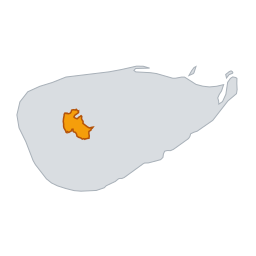 Sri Lanka, with Nuvara Ĕliya highlighted, rotated 88°
{"feature_id": "LKA-2450", "entity_name": "Nuvara Ĕliya", "entity_type": "District", "adm_level": 1, "iso_a3": "LKA", "parent_name": "Sri Lanka", "parent_adm1": "", "projection": "orthographic", "projection_center": [80.707, 7.013], "detail": "fine", "context": "in_parent", "style": "filled", "palette": "amber", "viewbox_px": 256, "rotation_deg": 88, "n_neighbors": 0, "source": "natural_earth", "source_scale": "10m", "svg_char_len": 2322}
<svg xmlns="http://www.w3.org/2000/svg" viewBox="0 0 256 256"><g transform="rotate(88 128 128)"><path d="M82.2,17.4L87.6,17.7L93.4,17.6L97.5,18.4L104.4,27.2L123.3,43.0L133.6,59.0L134.6,62.5L136.0,65.6L138.5,66.4L140.6,67.8L150.9,83.3L152.1,86.3L151.9,89.7L152.5,92.2L155.2,93.5L158.6,94.1L160.8,96.5L163.6,108.8L163.6,112.7L164.4,114.3L177.4,133.6L178.2,135.9L178.1,137.7L178.4,139.2L181.0,142.6L184.9,151.7L186.9,153.8L189.3,161.8L189.5,177.2L188.7,184.0L186.3,192.3L183.4,200.4L180.3,206.3L176.0,211.3L161.4,221.8L157.2,224.0L138.1,230.6L124.1,236.9L111.1,238.6L98.1,235.1L88.3,226.9L83.3,214.8L79.9,202.2L74.9,188.2L71.2,144.9L69.4,132.8L66.5,117.4L66.8,110.7L68.9,104.3L68.8,118.3L70.7,120.1L72.2,118.3L73.5,103.7L74.6,97.6L79.8,81.6L79.9,78.7L79.0,72.7L79.1,69.7L86.8,58.5L88.8,51.9L89.8,45.2L89.4,38.0L88.0,30.9L94.2,33.2L97.6,35.6L101.1,37.3L103.9,36.5L107.3,36.4L104.9,32.6L97.7,29.0L85.8,26.8L82.0,23.9L80.6,21.5L81.3,18.6L82.2,17.4ZM76.0,61.0L77.7,65.3L73.0,62.4L69.9,59.9L68.9,57.9L75.2,60.2L76.0,61.0ZM81.5,27.8L77.9,28.5L75.1,24.7L74.5,23.0L75.2,21.9L76.0,21.3L76.9,21.5L78.2,25.1L81.5,27.8Z" fill="#d9dde1" stroke="#a8b0b8" stroke-width="1"/><path d="M119.4,192.5L116.3,192.1L113.3,191.4L112.0,191.3L110.8,190.4L111.0,189.8L111.4,189.4L111.0,189.0L111.1,188.1L111.7,187.5L111.6,186.7L111.2,185.2L109.9,184.2L108.2,183.7L107.8,182.0L108.2,179.9L107.8,179.5L107.5,179.1L107.8,178.7L108.2,178.5L109.0,177.8L109.5,177.0L109.3,177.0L109.2,176.8L110.9,176.9L113.4,180.7L115.1,181.7L116.3,180.4L117.0,178.5L116.3,177.6L115.5,176.8L114.5,174.9L114.0,174.7L113.6,174.9L114.8,173.8L116.9,174.1L118.0,173.8L119.7,172.7L120.8,172.7L121.8,172.9L125.4,168.6L126.6,166.6L126.1,164.5L125.9,162.9L126.9,163.7L127.7,164.8L128.3,165.0L128.8,165.1L130.1,167.2L132.2,167.3L134.6,167.0L136.9,167.4L136.9,168.5L137.3,169.9L137.2,170.4L137.3,170.9L137.6,171.2L137.8,171.5L137.4,172.0L137.1,172.5L137.4,173.5L137.5,173.9L137.3,174.3L137.0,174.8L136.5,175.2L136.0,176.3L135.7,177.4L134.5,179.2L132.3,179.7L131.3,180.2L130.4,181.0L130.1,182.2L129.4,183.0L128.3,183.0L127.3,183.0L127.3,184.0L129.1,184.9L129.5,185.7L129.8,186.5L130.1,186.9L130.4,187.3L129.5,188.6L130.0,189.0L130.6,189.2L130.0,190.1L128.9,190.3L125.7,192.0L123.9,192.3L122.0,192.2L120.6,192.3L119.4,192.5Z" fill="#f59e0b" stroke="#b45309" stroke-width="1.5"/></g></svg>